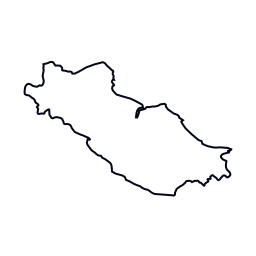 the border of Manabi, rotated 96°
{"feature_id": "ECU-1282", "entity_name": "Manabi", "entity_type": "Province", "adm_level": 1, "iso_a3": "ECU", "parent_name": "Ecuador", "parent_adm1": "", "projection": "natural_earth1", "projection_center": [-80.093, -0.733], "detail": "fine", "context": "isolated", "style": "outline", "palette": "ink", "viewbox_px": 256, "rotation_deg": 96, "n_neighbors": 0, "source": "natural_earth", "source_scale": "10m", "svg_char_len": 4874}
<svg xmlns="http://www.w3.org/2000/svg" viewBox="0 0 256 256"><g transform="rotate(96 128 128)"><path d="M73.4,218.8L71.9,214.6L70.8,212.9L70.4,211.7L70.3,210.3L70.6,209.2L73.5,206.8L73.2,204.6L73.2,201.8L73.9,201.0L74.9,199.9L76.0,199.6L77.3,199.6L77.7,198.4L77.6,197.0L77.8,195.1L78.2,193.5L77.9,191.3L78.2,189.9L79.7,189.1L79.5,186.7L77.1,182.8L72.1,175.9L68.1,167.7L66.3,162.8L65.2,160.0L65.8,158.0L66.8,156.8L68.0,155.7L69.0,154.3L69.7,153.4L70.3,152.5L71.4,151.1L72.4,149.8L72.6,148.9L73.5,148.5L74.7,148.9L75.9,148.9L77.1,148.1L78.1,147.6L79.4,147.9L80.4,147.5L81.4,147.0L81.2,147.9L82.7,148.7L84.0,148.8L85.0,147.8L85.6,147.5L86.2,146.6L87.1,146.3L87.9,147.6L88.6,147.8L90.2,148.0L92.2,147.1L94.0,145.2L95.9,142.9L97.1,136.9L97.4,135.1L98.5,128.8L100.1,124.1L101.9,119.7L103.0,116.9L103.4,116.4L104.1,115.8L105.3,115.6L106.3,115.1L106.5,117.6L107.7,119.6L109.9,120.7L112.1,121.1L116.6,121.2L116.6,120.0L114.2,119.3L111.7,118.7L110.0,118.7L108.9,117.6L108.0,114.9L106.9,112.7L105.7,112.1L105.1,111.1L105.0,108.8L104.1,106.1L103.8,103.3L102.7,100.3L101.1,98.2L100.1,94.1L101.0,92.8L102.7,92.6L105.4,90.1L108.0,85.5L108.9,83.8L109.1,82.5L109.8,80.4L110.6,78.9L112.4,78.2L113.4,76.2L114.5,74.1L116.0,75.7L117.8,74.6L119.8,72.9L122.2,70.9L127.1,64.7L131.1,58.8L132.5,56.8L133.1,54.9L133.2,53.7L133.6,53.3L134.2,53.1L135.9,52.4L137.2,48.8L137.9,45.6L138.4,40.5L138.2,38.2L137.6,34.1L137.4,26.8L138.2,24.3L138.2,23.5L138.4,23.1L139.3,23.6L139.7,24.1L140.0,24.8L140.4,26.2L141.0,26.2L141.1,25.0L141.5,24.2L141.5,24.3L143.6,30.1L144.7,31.8L145.2,32.2L145.8,32.4L146.4,32.5L147.0,32.5L147.3,32.4L147.6,32.3L148.1,31.8L148.4,31.4L148.8,31.0L149.1,30.7L149.3,30.3L149.6,29.5L150.1,28.4L150.2,27.3L150.3,27.1L150.4,26.9L150.6,26.8L150.8,26.7L151.1,26.7L153.9,26.8L155.3,26.7L156.9,26.4L157.9,25.9L158.4,25.6L159.3,24.9L161.1,22.7L161.5,22.3L162.0,21.9L163.0,21.5L163.6,21.3L164.1,21.4L164.6,21.6L164.9,21.8L165.8,22.5L166.4,23.3L166.6,23.6L166.7,23.9L166.8,24.1L166.7,24.4L166.6,24.6L165.8,25.6L165.4,26.2L165.3,26.5L165.2,26.8L165.1,27.1L165.1,27.5L165.2,27.9L165.4,28.2L165.6,28.6L165.9,28.9L169.8,31.6L170.1,32.0L170.3,32.3L170.4,32.5L170.3,33.0L170.1,33.3L169.6,33.9L169.0,34.4L168.6,34.8L168.1,35.5L167.8,36.2L166.2,38.8L166.1,39.0L166.2,39.4L166.5,39.8L167.4,40.8L167.9,41.1L168.3,41.1L168.5,41.0L168.7,40.9L169.1,40.7L169.3,40.6L169.7,40.5L170.0,40.7L170.1,41.1L170.3,42.7L170.4,43.2L170.6,43.4L170.8,43.5L171.0,43.5L171.2,43.3L171.9,42.8L172.4,42.5L172.7,42.6L173.1,43.0L173.6,43.7L175.2,45.5L175.9,45.8L176.4,45.9L177.0,46.0L177.4,46.2L177.4,46.4L177.4,46.6L175.2,49.3L174.9,49.7L174.8,50.1L174.8,50.7L174.7,51.2L174.6,51.4L174.5,51.6L174.4,51.7L174.3,51.8L173.9,51.9L173.8,52.0L173.6,52.2L173.4,52.4L173.3,52.7L173.2,53.1L173.1,53.4L173.2,53.7L173.5,54.6L173.5,54.9L173.5,55.7L173.7,56.2L175.1,58.8L174.4,59.6L174.2,60.3L174.1,61.4L174.4,63.3L174.8,64.4L175.6,65.0L176.1,65.2L176.6,65.5L177.3,66.2L178.4,67.0L179.0,67.7L181.2,70.7L183.3,73.0L183.8,73.3L186.8,74.3L187.3,74.5L188.7,74.4L189.3,74.4L190.0,74.7L190.4,75.5L190.3,77.2L190.8,94.3L190.5,95.8L190.0,97.2L187.3,101.9L187.2,104.1L187.0,104.9L186.0,107.7L184.7,109.8L183.6,114.2L182.9,116.3L181.0,120.6L180.0,123.9L179.8,124.5L178.9,125.1L178.1,125.4L177.3,125.9L176.5,127.0L175.8,128.7L174.7,135.3L173.1,139.3L167.7,140.3L166.4,140.8L165.4,141.4L164.5,142.2L161.4,147.4L161.0,148.5L160.6,149.7L160.2,150.6L158.9,151.5L158.5,152.0L158.4,152.8L158.5,153.5L158.4,154.2L158.2,155.0L157.7,155.9L157.1,156.9L156.0,158.3L154.6,160.9L153.7,162.2L149.4,166.1L148.2,166.9L146.6,167.4L145.9,167.2L145.3,167.1L144.0,167.1L143.5,167.0L143.4,166.5L143.5,165.6L143.6,164.9L143.3,164.7L142.8,165.1L142.0,166.1L141.5,167.5L140.9,169.7L140.2,171.6L139.5,174.6L137.8,179.8L137.1,181.0L133.8,184.0L132.0,184.9L131.1,185.8L130.5,187.2L130.4,189.1L130.7,191.3L130.5,191.9L130.1,192.3L128.2,193.0L126.9,193.9L126.4,194.1L126.0,194.4L125.5,195.1L125.1,196.2L124.7,198.8L124.7,199.9L124.9,201.1L125.2,202.1L126.2,203.8L126.2,204.4L125.8,205.3L123.0,207.5L117.9,208.3L117.8,208.9L118.3,209.7L119.2,210.9L120.2,212.0L121.0,212.5L121.9,212.7L122.4,212.9L122.6,213.2L122.6,213.7L122.5,214.5L122.6,215.4L123.4,218.2L123.0,219.2L121.9,219.6L118.6,219.3L117.5,220.0L117.0,220.6L116.5,220.8L116.0,220.4L115.4,219.8L114.7,219.4L114.0,219.8L113.4,220.5L112.6,222.2L112.1,222.7L110.9,223.2L110.1,223.7L109.1,224.6L108.5,225.5L108.0,226.6L107.4,227.6L106.7,228.6L106.0,229.7L105.9,230.7L105.9,231.5L105.8,232.3L105.6,232.9L105.4,233.6L105.0,234.1L104.4,234.4L102.0,234.7L98.5,234.6L96.8,234.1L95.5,233.3L94.7,232.3L94.5,231.4L94.6,230.4L94.8,229.6L95.1,228.8L96.1,227.0L96.2,226.5L96.5,223.7L96.4,222.8L96.1,222.0L95.0,220.8L94.8,220.3L94.9,219.6L95.0,218.7L94.5,217.9L93.4,217.1L91.0,216.7L89.5,216.8L86.6,217.9L85.0,218.3L79.0,217.9L77.8,218.4L77.2,218.5L75.6,218.3L73.4,218.8L73.4,218.8Z" fill="none" stroke="#020617" stroke-width="2"/></g></svg>